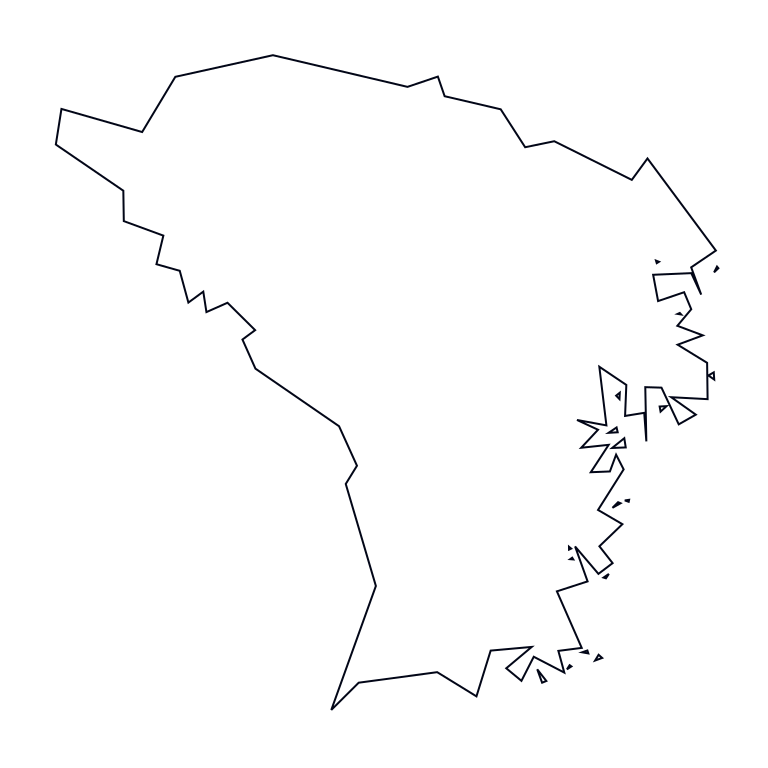 the district of Maracaju, Mato Grosso do Sul, Brazil, rotated 181°
{"feature_id": "56859067B1064226501781", "entity_name": "Maracaju", "entity_type": "district", "adm_level": 2, "iso_a3": "BRA", "parent_name": "Brazil", "parent_adm1": "Mato Grosso do Sul", "projection": "orthographic", "projection_center": [-55.512, -21.462], "detail": "medium", "context": "isolated", "style": "outline", "palette": "ink", "viewbox_px": 768, "rotation_deg": 181, "n_neighbors": 0, "source": "geoboundaries", "source_scale": "gbopen_adm2", "svg_char_len": 1947}
<svg xmlns="http://www.w3.org/2000/svg" viewBox="0 0 768 768"><g transform="rotate(181 384 384)"><path d="M286.1,73.3L272.7,119.3L231.7,123.7L256.8,101.9L241.4,89.6L229.5,113.9L198.7,98.6L205.0,120.2L181.7,123.6L207.5,179.7L177.0,190.2L190.1,224.9L166.3,197.9L152.3,208.9L165.8,225.5L143.2,248.0L167.8,261.8L142.9,302.8L150.7,317.4L156.6,300.5L175.7,299.4L158.3,327.1L185.7,323.7L169.2,342.0L190.4,351.4L160.9,346.5L169.0,405.0L141.7,387.3L142.4,356.3L123.3,359.7L120.7,331.2L122.7,385.4L106.5,385.2L88.6,348.8L71.7,358.8L96.6,375.8L60.2,374.5L61.3,410.8L91.1,428.4L66.1,438.2L91.7,447.3L78.1,464.1L85.5,481.0L111.4,471.7L116.8,497.9L78.7,500.2L68.4,478.9L78.9,506.0L54.5,523.2L124.5,614.1L139.8,592.4L218.0,629.7L247.0,623.2L272.1,660.7L328.4,672.8L335.5,692.3L365.7,681.5L500.8,710.8L598.0,687.5L630.2,631.7L711.3,653.4L716.3,617.7L648.0,572.7L647.0,542.3L607.2,528.5L613.6,499.8L590.2,493.6L581.0,462.0L566.3,473.2L562.8,452.8L541.9,462.5L513.8,435.6L526.3,426.0L512.8,397.1L428.2,341.0L409.6,301.8L420.5,283.4L388.6,181.9L431.0,57.2L404.1,84.9L325.8,96.8L286.1,73.3ZM113.4,509.6L114.2,512.1L111.2,511.0L113.4,509.6ZM192.8,213.6L191.7,211.9L194.8,212.1L192.8,213.6ZM196.2,224.5L194.0,222.7L196.1,221.7L196.2,224.5ZM88.1,458.7L91.6,459.2L89.5,460.2L88.1,458.7ZM216.5,89.9L225.8,101.4L220.7,88.1L216.5,89.9ZM142.8,334.0L154.8,324.0L141.2,324.8L142.8,334.0ZM150.7,344.6L158.6,339.1L149.5,339.8L150.7,344.6ZM54.5,401.4L59.8,398.2L53.9,394.2L54.5,401.4ZM147.9,269.9L153.4,264.2L145.4,268.9L147.9,269.9ZM101.1,366.8L108.0,366.3L107.0,361.2L101.1,366.8ZM176.0,121.1L181.2,119.2L175.0,118.2L176.0,121.1ZM53.1,507.2L55.9,501.4L51.7,505.6L53.1,507.2ZM164.7,117.0L168.1,111.2L161.1,113.9L164.7,117.0ZM148.1,379.4L151.7,376.4L148.3,373.0L148.1,379.4ZM155.9,198.0L161.1,194.3L158.7,193.6L155.9,198.0ZM193.5,106.1L196.1,101.9L191.7,104.9L193.5,106.1ZM141.2,271.8L137.3,270.5L136.9,272.5L141.2,271.8Z" fill="none" stroke="#020617" stroke-width="2"/></g></svg>